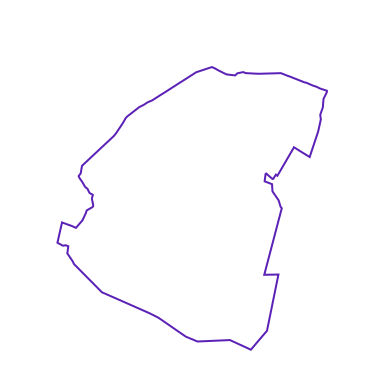 outline of Ciudad Ixtepec, Oaxaca, Mexico, rotated 198°
{"feature_id": "50627088B46254456023080", "entity_name": "Ciudad Ixtepec", "entity_type": "district", "adm_level": 2, "iso_a3": "MEX", "parent_name": "Mexico", "parent_adm1": "Oaxaca", "projection": "orthographic", "projection_center": [-95.069, 16.617], "detail": "fine", "context": "isolated", "style": "outline", "palette": "violet", "viewbox_px": 384, "rotation_deg": 198, "n_neighbors": 0, "source": "geoboundaries", "source_scale": "gbopen_adm2", "svg_char_len": 1926}
<svg xmlns="http://www.w3.org/2000/svg" viewBox="0 0 384 384"><g transform="rotate(198 192 192)"><path d="M246.7,68.8L194.4,63.5L184.9,62.0L161.9,55.1L153.1,52.5L140.6,51.5L110.2,62.9L87.3,60.2L77.8,83.2L84.3,140.2L97.7,135.6L101.5,202.4L101.5,202.8L101.6,204.3L103.0,205.1L107.1,210.9L115.7,217.5L118.3,224.2L121.0,224.3L126.2,224.6L127.6,231.8L127.1,232.5L122.0,230.3L119.6,229.3L118.7,229.7L118.6,230.4L117.6,234.4L117.4,234.3L115.8,233.8L109.0,265.2L108.8,265.6L108.8,266.0L90.9,261.6L90.7,288.4L90.7,288.5L91.9,300.9L93.8,304.8L93.9,305.1L93.7,312.8L94.1,314.5L95.7,321.1L94.6,328.6L95.0,330.0L101.9,330.0L102.3,330.0L106.2,330.6L109.3,330.5L117.6,331.3L118.4,331.0L132.6,331.9L133.4,332.0L137.8,332.1L144.2,332.5L163.0,325.8L165.3,325.0L168.9,324.0L177.9,321.6L180.3,321.9L185.5,318.9L187.0,316.2L195.6,314.5L204.4,315.8L204.9,315.9L207.3,316.4L207.5,316.4L208.6,316.7L211.8,316.9L225.0,307.2L229.2,302.1L229.5,301.7L233.1,297.3L236.5,293.2L238.9,290.3L241.1,287.6L243.5,284.7L247.7,279.5L252.4,273.9L258.2,266.8L262.0,263.5L264.7,260.1L268.5,256.3L276.9,243.9L277.9,241.8L278.9,236.9L280.1,232.4L282.5,224.0L283.8,220.8L292.0,206.0L304.3,183.7L304.7,182.9L303.6,175.4L303.8,174.7L304.2,173.7L304.7,172.1L303.8,171.0L302.9,170.2L301.4,169.1L299.8,167.9L298.3,166.6L295.6,164.1L294.5,163.5L292.3,162.7L289.4,159.6L288.3,159.2L287.2,159.0L286.1,158.9L285.4,158.5L285.5,158.2L285.3,157.7L285.3,157.4L285.3,156.1L285.3,155.6L285.2,155.1L285.1,154.6L282.0,149.2L281.8,148.6L281.7,148.3L281.7,147.9L281.7,147.6L281.8,147.3L282.1,146.8L282.4,146.4L285.7,142.8L286.0,142.4L286.3,142.1L286.5,141.5L286.4,139.5L287.1,133.7L287.4,131.8L287.3,131.5L291.3,122.0L295.3,122.5L304.9,122.8L305.4,122.8L306.2,122.9L304.3,102.2L302.8,101.8L301.6,101.7L301.0,101.6L299.5,101.3L298.7,101.0L297.7,101.2L296.7,101.8L295.9,102.3L292.9,102.2L291.6,95.1L284.2,89.3L281.8,86.9L246.7,68.8Z" fill="none" stroke="#5b21b6" stroke-width="2"/></g></svg>